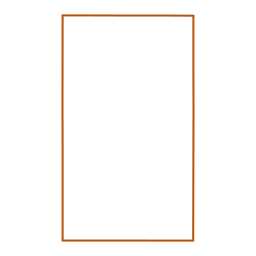 outline of Kossuth, Iowa, United States of America
{"feature_id": "52423323B59270943515315", "entity_name": "Kossuth", "entity_type": "district", "adm_level": 2, "iso_a3": "USA", "parent_name": "United States of America", "parent_adm1": "Iowa", "projection": "mercator", "projection_center": [-94.205, 43.204], "detail": "fine", "context": "isolated", "style": "outline", "palette": "amber", "viewbox_px": 256, "rotation_deg": 0, "n_neighbors": 0, "source": "geoboundaries", "source_scale": "gbopen_adm2", "svg_char_len": 302}
<svg xmlns="http://www.w3.org/2000/svg" viewBox="0 0 256 256"><path d="M193.4,15.7L159.5,15.5L159.1,15.5L155.3,15.5L154.8,15.5L116.6,15.5L80.7,15.4L77.1,15.4L62.6,15.4L62.5,108.9L62.6,141.7L62.6,240.5L193.2,240.6L193.5,108.8L193.4,75.7L193.4,15.7Z" fill="none" stroke="#b45309" stroke-width="2"/></svg>